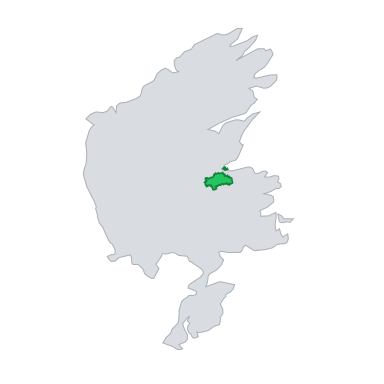 location of Athenry-Oranmore Lea-7, Galway, Ireland, rotated 170°
{"feature_id": "5873133B98830441057243", "entity_name": "Athenry-Oranmore Lea-7", "entity_type": "district", "adm_level": 2, "iso_a3": "IRL", "parent_name": "Ireland", "parent_adm1": "Galway", "projection": "albers", "projection_center": [-8.887, 53.319], "detail": "fine", "context": "in_parent", "style": "filled", "palette": "green", "viewbox_px": 384, "rotation_deg": 170, "n_neighbors": 0, "source": "geoboundaries", "source_scale": "gbopen_adm2", "svg_char_len": 8281}
<svg xmlns="http://www.w3.org/2000/svg" viewBox="0 0 384 384"><g transform="rotate(170 192 192)"><path d="M235.6,60.2L228.6,65.4L227.5,67.3L225.7,75.1L225.5,77.3L221.2,86.0L218.7,87.8L214.9,89.2L212.8,90.6L210.0,90.0L206.6,90.1L204.9,91.7L205.0,92.9L206.0,94.2L212.5,98.1L212.1,99.7L210.4,101.6L199.0,106.4L195.6,109.2L194.5,111.1L195.7,114.1L205.0,123.3L206.5,124.3L208.0,129.6L216.1,131.8L219.5,135.1L222.4,135.8L228.6,135.4L231.1,136.6L232.5,135.6L233.3,133.8L240.1,127.1L237.8,122.3L244.6,113.7L246.5,113.8L249.9,116.3L252.7,119.7L253.7,124.5L256.4,128.6L258.0,130.1L262.5,130.8L263.6,132.4L263.0,138.6L263.8,140.7L275.2,140.1L279.6,137.3L283.6,137.6L285.6,140.3L286.6,143.1L283.2,144.3L279.7,143.9L278.0,145.8L278.0,149.4L279.4,154.0L281.9,157.2L284.1,164.6L286.0,172.8L288.6,177.6L289.4,183.8L289.1,186.8L289.8,192.3L288.8,194.2L289.8,199.3L294.7,215.7L296.0,228.5L294.1,233.4L291.5,238.1L289.9,243.6L288.7,249.6L288.2,259.0L282.4,270.4L279.9,273.2L276.9,275.0L283.8,282.5L278.5,286.2L272.6,287.5L266.0,285.7L261.9,286.1L256.8,290.3L255.6,289.6L253.0,283.3L251.4,289.9L247.6,292.1L241.1,291.8L230.3,293.8L226.2,295.7L224.5,298.7L223.3,302.1L221.6,304.1L219.7,305.2L211.4,307.8L209.7,308.9L205.9,314.4L200.8,317.6L196.6,318.6L192.8,315.4L191.2,313.5L189.5,312.6L183.7,312.8L185.5,313.7L186.7,316.0L187.3,320.3L186.7,324.5L183.9,326.7L180.5,327.1L175.1,331.5L168.0,332.7L164.1,336.7L140.5,343.5L139.1,343.6L135.9,341.8L132.4,341.0L128.8,341.5L118.9,345.2L114.1,344.4L120.3,335.0L128.6,330.3L129.4,329.0L126.8,328.4L111.1,331.5L105.7,334.2L100.3,335.0L102.8,330.7L109.9,324.9L116.0,321.1L118.6,317.7L126.0,313.8L102.3,321.6L96.1,320.5L94.7,318.2L89.8,319.2L88.1,313.7L95.4,305.5L99.6,302.0L104.6,300.2L109.4,297.5L111.2,294.1L108.9,293.0L94.8,293.6L88.0,292.7L88.4,290.1L89.7,287.1L96.8,282.2L100.6,281.4L104.0,282.0L110.0,285.1L117.9,284.2L114.6,280.9L114.2,274.3L111.6,272.0L114.9,269.0L118.7,267.2L124.9,260.9L127.1,260.0L139.3,258.6L152.5,255.3L165.5,250.7L158.8,248.1L155.6,244.7L150.5,251.6L146.8,254.2L136.3,255.5L133.0,254.7L128.4,252.6L126.9,253.4L125.6,255.0L118.6,258.3L111.3,259.0L119.9,252.9L130.7,242.6L133.1,239.3L136.5,233.6L135.5,231.0L133.3,229.5L141.1,217.8L143.8,215.7L148.7,215.3L152.3,213.5L153.9,213.5L155.3,212.8L158.5,209.2L153.6,207.0L148.6,205.8L133.1,206.9L131.0,206.7L129.1,205.5L127.9,204.0L127.0,199.9L125.8,199.0L122.3,199.0L118.9,200.2L116.5,200.0L114.1,198.2L117.9,194.2L113.1,193.2L108.2,193.9L104.1,192.6L104.0,190.0L105.9,187.5L103.5,185.0L103.1,181.9L105.7,180.4L108.5,181.0L114.3,178.8L121.6,177.8L115.4,175.4L112.9,173.5L112.8,170.5L113.3,168.0L120.7,163.8L128.4,162.0L127.9,159.2L128.5,156.2L120.7,155.2L112.9,157.3L113.8,151.5L115.7,146.3L116.1,142.8L115.8,139.1L112.2,140.6L111.9,135.4L110.4,131.8L105.0,134.2L105.2,129.5L106.8,126.2L109.6,124.8L112.4,125.5L117.5,125.5L122.4,123.1L129.6,122.5L140.9,123.4L148.6,130.4L150.6,129.2L153.8,124.7L155.2,124.3L167.0,126.2L174.3,128.7L176.2,127.9L175.1,123.0L172.6,119.6L175.8,115.1L179.6,112.1L182.1,110.6L188.0,108.7L190.5,106.9L192.2,101.1L194.8,96.3L180.1,98.9L166.1,93.3L168.3,89.3L171.3,87.1L176.3,85.3L176.8,83.2L179.4,81.5L183.6,76.9L182.0,71.0L182.8,66.6L185.8,63.8L186.7,59.7L188.1,56.7L194.2,55.6L200.1,52.7L209.2,52.2L211.6,53.3L210.9,48.4L215.2,47.7L216.9,48.6L217.7,52.1L219.7,54.3L220.4,58.1L219.1,61.1L217.0,63.5L219.0,65.8L216.0,70.1L219.3,68.2L224.0,64.0L223.7,60.6L222.8,56.3L221.4,52.5L221.9,48.2L224.5,45.5L231.5,44.0L228.5,39.3L231.1,38.8L233.9,39.7L238.1,43.4L246.9,48.4L242.7,53.2L237.6,56.6L235.6,60.2ZM111.4,153.4L111.2,155.6L107.8,152.7L106.2,149.6L96.8,148.0L100.8,145.0L102.6,146.0L109.3,146.2L111.1,147.5L111.4,153.4Z" fill="#d9dde1" stroke="#a8b0b8" stroke-width="1"/><path d="M150.5,193.8L150.3,195.1L150.7,196.2L150.3,197.9L150.8,199.1L152.9,199.5L152.9,199.8L152.7,199.8L152.6,200.0L152.5,199.9L152.4,199.9L152.6,200.0L152.4,200.1L152.2,200.4L152.3,200.6L152.5,200.7L152.8,200.8L152.9,201.1L153.1,201.0L153.3,201.0L153.4,200.9L153.6,200.9L154.1,200.9L154.5,200.7L154.6,200.8L154.5,201.0L154.4,201.0L154.2,201.3L154.9,201.6L154.8,201.8L155.1,201.6L155.8,201.9L155.8,202.1L156.0,202.1L155.9,202.2L156.0,202.5L156.4,202.4L157.1,201.9L157.3,202.4L157.2,202.7L156.9,203.0L157.0,203.3L156.9,203.5L157.2,203.5L157.3,204.0L157.4,204.3L157.8,204.0L158.0,204.2L158.3,204.1L158.2,204.1L158.3,204.2L158.3,204.4L158.2,204.4L158.2,204.6L157.8,204.7L157.7,204.9L157.8,205.0L157.8,204.9L158.0,205.0L158.2,205.5L158.4,205.1L158.4,204.9L158.5,204.7L158.8,204.8L159.0,205.2L159.6,205.6L160.2,205.6L160.4,205.5L160.7,205.5L161.0,205.4L161.2,205.7L161.4,205.8L161.9,205.6L162.1,205.4L162.5,205.8L162.8,206.3L163.5,205.8L163.8,205.8L164.3,205.9L164.5,205.6L164.9,205.4L165.1,205.4L165.6,205.7L165.6,205.9L165.9,205.5L166.1,205.6L166.4,205.6L166.5,205.8L166.6,205.7L167.0,205.8L167.3,205.5L167.1,205.2L167.2,204.5L167.2,204.4L167.5,204.3L167.9,204.3L168.1,203.8L168.4,203.6L168.5,203.6L168.6,203.0L169.2,202.7L169.6,202.6L170.0,202.8L170.4,203.0L170.6,203.2L170.9,203.1L170.9,202.9L171.3,203.0L172.0,202.8L172.3,202.5L172.4,202.4L172.4,202.2L172.7,202.1L173.0,202.1L172.9,202.2L173.3,202.5L173.4,202.3L173.5,202.3L173.6,202.2L173.8,202.4L174.7,202.8L174.8,203.0L174.7,203.2L174.7,203.4L174.8,203.4L175.3,203.5L176.4,203.4L176.4,203.2L176.4,202.8L176.4,202.2L176.6,201.9L176.3,201.7L175.6,201.1L175.6,200.9L175.6,200.7L176.0,200.4L176.3,200.6L176.5,200.5L176.4,200.4L176.4,200.0L176.3,199.9L178.0,199.5L178.1,199.2L177.2,198.7L177.2,198.3L177.4,198.2L177.5,196.6L177.0,196.6L177.0,196.4L176.6,196.1L177.0,195.7L177.0,195.2L176.7,195.1L176.7,194.9L176.2,195.1L176.2,195.3L176.3,195.6L176.1,195.6L175.5,195.5L175.5,194.9L175.4,194.9L175.4,195.6L175.0,195.8L174.9,196.0L174.4,196.1L173.5,196.0L173.4,195.3L173.0,194.8L172.9,194.5L172.5,194.6L172.2,195.0L172.1,195.3L171.9,195.4L171.7,195.0L171.7,194.8L171.7,194.6L171.8,194.4L171.5,194.3L171.6,193.8L171.4,193.8L171.3,193.7L171.3,193.4L171.2,193.1L171.3,193.0L171.2,192.8L171.3,192.6L171.2,192.3L171.2,192.1L170.9,191.8L170.8,191.6L170.8,191.2L171.0,191.2L171.1,190.8L170.6,190.4L170.4,190.4L169.8,190.3L169.6,190.5L169.2,190.6L168.6,190.4L168.2,190.6L167.9,190.9L167.6,190.9L167.5,191.0L167.2,191.0L167.2,191.5L167.4,192.1L167.4,192.5L167.2,193.2L167.9,193.3L167.4,193.7L167.2,193.7L166.9,193.8L166.7,193.7L166.4,193.7L166.0,193.6L165.9,193.6L165.8,193.2L165.5,193.3L165.4,193.5L165.2,193.6L164.8,193.8L164.9,194.0L164.7,194.2L164.7,194.3L164.1,194.6L163.8,194.5L163.2,193.8L162.8,193.6L162.7,193.7L162.0,194.0L161.8,194.0L161.6,194.2L161.5,194.7L161.3,194.9L160.9,195.0L160.5,195.1L160.3,194.5L159.8,193.9L159.5,194.3L159.3,194.2L159.2,194.0L158.6,194.3L158.1,194.1L157.5,194.5L157.1,194.6L157.3,194.4L157.5,194.1L157.8,193.8L157.7,193.9L157.4,194.0L157.2,193.9L156.8,193.9L156.6,194.2L156.1,194.0L155.9,193.8L155.7,193.6L155.6,193.3L155.4,193.4L154.9,193.4L154.9,193.5L154.4,193.6L154.5,193.5L154.3,193.0L154.3,192.6L154.2,192.4L154.1,192.5L153.9,192.6L153.8,192.8L153.6,193.1L153.0,193.0L150.5,193.8ZM153.8,207.9L153.4,208.1L153.2,208.1L152.9,208.2L153.1,208.4L153.3,208.4L153.9,208.7L154.2,208.8L154.4,208.7L154.2,208.7L153.9,208.6L153.7,208.6L153.8,208.5L153.7,208.6L153.9,208.5L154.0,208.3L154.2,208.2L154.3,208.2L154.2,208.0L154.2,207.9L154.5,207.9L154.2,207.8L153.8,207.9ZM156.1,210.1L155.6,210.0L155.6,209.9L155.8,209.9L155.6,209.8L155.5,210.0L155.2,210.2L155.1,210.3L154.9,210.4L154.8,210.5L155.1,210.6L155.5,210.6L155.6,210.4L155.5,210.6L155.2,210.4L155.2,210.5L155.1,210.4L155.2,210.2L155.5,210.2L155.6,210.3L155.9,210.2L156.0,210.2L156.5,210.4L156.8,210.2L156.4,210.2L156.0,209.9L155.9,210.0L156.0,210.0L156.3,210.1L156.2,210.2L156.1,210.1ZM156.1,208.7L155.4,208.7L155.3,208.8L155.4,208.7L155.2,208.7L154.9,208.7L154.7,208.6L154.9,208.8L155.1,208.8L155.6,208.9L156.3,208.8L156.1,208.7ZM154.4,208.3L154.7,208.2L154.9,208.2L155.0,208.1L154.9,208.0L155.0,208.0L154.8,208.0L154.8,207.9L154.4,208.0L154.5,208.0L154.4,208.1L154.6,208.1L154.4,208.1L154.2,208.2L154.2,208.3L154.1,208.5L154.4,208.3ZM156.5,209.6L156.5,209.3L156.3,209.4L156.2,209.3L156.2,209.1L155.8,209.1L155.7,209.0L156.5,209.6ZM154.8,208.3L154.8,208.5L155.0,208.5L155.2,208.3L155.3,208.2L155.0,208.2L154.8,208.3ZM155.3,208.1L155.4,207.9L155.2,207.9L155.3,207.9L155.1,208.0L155.3,208.1L155.3,208.1Z" fill="#22c55e" stroke="#15803d" stroke-width="1.5"/></g></svg>